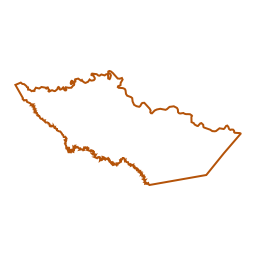 outline of Puerto Guzmán, Putumayo, Colombia
{"feature_id": "7082276B85477944676343", "entity_name": "Puerto Guzmán", "entity_type": "district", "adm_level": 2, "iso_a3": "COL", "parent_name": "Colombia", "parent_adm1": "Putumayo", "projection": "albers", "projection_center": [-76.142, 0.756], "detail": "fine", "context": "isolated", "style": "outline", "palette": "amber", "viewbox_px": 256, "rotation_deg": 0, "n_neighbors": 0, "source": "geoboundaries", "source_scale": "gbopen_adm2", "svg_char_len": 5729}
<svg xmlns="http://www.w3.org/2000/svg" viewBox="0 0 256 256"><path d="M20.8,82.6L15.4,84.9L22.9,98.1L22.6,98.9L23.7,100.1L24.4,100.1L24.4,100.4L26.5,100.1L27.1,101.9L30.3,103.3L31.1,104.4L31.6,104.4L31.5,104.7L32.2,104.6L31.5,105.2L32.4,105.2L32.5,106.0L33.1,105.8L32.9,106.4L33.5,106.3L33.6,107.4L34.0,107.1L33.9,107.5L34.4,107.5L34.5,108.7L35.2,109.0L34.5,109.5L34.9,109.6L34.6,109.9L34.7,111.0L35.4,111.1L35.0,111.5L35.6,111.5L35.4,112.0L35.9,111.8L36.3,113.3L36.9,113.2L36.9,113.7L37.9,114.8L37.5,115.4L38.8,115.8L38.6,116.1L39.6,116.7L40.3,118.3L41.3,118.9L42.4,118.7L42.7,119.7L43.7,120.5L44.8,120.4L44.5,121.2L45.7,122.5L47.1,122.4L48.3,122.9L48.5,123.6L48.9,123.5L49.7,124.4L49.9,125.1L49.6,125.7L50.1,126.3L51.4,126.4L51.6,126.0L52.0,126.3L52.4,126.0L53.6,126.5L53.6,126.1L54.5,127.7L54.8,127.5L54.7,128.0L56.0,128.4L56.4,129.2L57.0,129.1L57.0,130.3L59.2,131.4L60.3,131.5L62.0,133.7L62.3,134.6L63.2,135.1L63.7,137.0L65.6,137.2L66.6,138.6L66.3,139.4L66.0,138.7L65.9,139.4L65.4,139.7L66.2,140.6L66.0,141.1L65.2,140.9L65.8,141.9L65.0,143.2L65.6,143.7L65.3,144.4L66.1,145.6L66.3,148.5L67.4,149.0L67.6,149.4L67.1,149.3L67.5,149.6L67.9,148.9L67.3,147.6L67.9,147.6L68.2,148.7L69.1,148.2L69.2,149.6L69.8,150.3L68.1,151.0L68.5,152.2L69.5,152.2L69.9,151.3L71.0,152.3L71.5,151.7L70.3,150.9L70.5,150.7L73.3,151.8L73.3,151.2L71.2,149.8L71.7,149.7L73.5,150.6L74.0,150.3L74.1,149.5L73.0,149.4L73.5,148.5L73.4,146.8L73.9,147.2L74.3,146.7L74.4,147.2L75.1,146.5L75.0,147.6L75.6,147.8L76.3,146.9L77.0,147.4L77.7,147.0L78.7,148.3L80.2,148.3L80.4,149.3L80.1,149.6L81.6,149.3L83.3,150.2L83.6,150.1L83.2,149.7L84.2,147.4L84.8,147.8L84.6,148.5L85.8,147.3L86.7,147.7L86.0,147.9L86.1,148.2L87.1,148.3L87.7,148.0L87.3,147.8L87.5,147.5L88.3,148.1L88.6,147.5L88.2,149.2L87.6,148.7L87.3,149.5L87.6,149.8L87.3,150.0L90.0,150.9L90.7,150.6L91.1,151.0L90.4,151.1L90.6,151.3L91.8,150.9L91.7,150.4L93.1,150.9L93.1,151.5L93.9,151.8L93.9,152.3L93.4,152.6L93.0,152.4L93.5,152.9L93.1,153.4L91.9,153.5L92.9,154.5L93.5,154.4L94.1,154.8L94.3,154.5L93.8,154.1L94.7,154.2L94.7,155.4L95.7,155.0L94.9,156.5L95.4,157.1L94.8,157.2L97.1,158.2L97.8,157.3L98.5,157.1L99.0,157.6L99.4,157.1L99.9,157.3L100.1,158.4L101.1,158.8L100.2,159.3L100.0,160.4L100.6,159.9L101.2,160.2L102.2,159.8L102.6,158.6L102.5,156.9L103.8,157.3L104.1,158.7L104.6,158.5L104.7,159.2L105.2,159.7L105.5,159.3L105.0,158.9L105.1,158.2L106.6,158.9L107.4,158.5L107.6,159.3L108.0,159.3L108.4,158.3L108.8,158.7L108.2,159.4L109.0,159.8L109.0,160.7L109.4,160.9L109.5,160.2L109.9,160.4L109.6,161.7L110.9,162.7L110.9,162.3L112.0,162.0L112.4,162.6L112.6,163.3L112.1,163.7L112.5,163.9L112.9,163.5L112.9,164.5L112.3,164.5L112.9,165.1L114.3,164.6L113.5,164.2L114.5,163.7L114.7,164.2L115.7,164.3L116.6,165.2L116.9,164.3L117.6,164.5L117.8,163.8L117.4,163.3L118.6,163.3L120.0,162.3L120.4,161.8L120.2,160.8L121.0,161.2L121.0,160.5L120.5,160.3L121.0,159.2L122.0,159.4L122.7,158.0L123.5,158.0L124.1,158.6L124.2,157.9L124.9,160.9L125.4,160.4L125.3,161.2L126.0,161.2L126.5,162.1L128.0,162.2L128.7,164.5L130.2,165.1L130.3,164.8L129.5,164.5L130.2,164.0L131.5,164.7L131.2,165.6L133.3,164.7L133.2,165.4L133.7,165.9L133.5,166.5L133.9,166.7L133.9,167.1L134.2,167.0L134.5,167.6L134.8,167.1L135.2,168.0L136.0,167.9L137.2,168.8L137.0,169.3L136.5,169.2L137.3,170.0L137.1,170.4L138.1,170.8L138.2,169.6L139.8,171.5L140.3,171.2L140.4,171.9L140.0,172.1L141.0,172.3L140.3,172.9L141.2,173.3L141.1,173.9L141.7,173.8L141.3,174.6L142.0,174.3L142.5,174.9L142.4,175.9L143.1,175.8L142.6,176.5L143.5,176.8L144.2,176.4L144.7,176.9L144.6,177.3L143.8,177.4L144.0,178.8L143.1,179.2L144.5,180.1L145.4,179.9L144.6,181.0L145.1,181.9L144.6,182.2L145.3,182.5L144.8,182.8L145.3,182.7L145.2,183.4L145.6,183.2L145.6,183.7L146.2,183.9L148.1,183.1L148.2,184.2L149.0,184.4L149.4,185.0L206.3,175.0L224.0,153.1L240.6,133.8L240.6,133.5L239.9,133.1L234.9,132.8L234.2,132.3L234.1,130.9L233.2,129.7L231.9,129.5L230.3,129.9L229.0,128.9L228.4,127.0L227.3,125.6L226.2,125.9L224.4,128.5L223.7,129.0L219.5,128.3L216.1,131.0L214.8,131.3L212.3,131.1L210.2,129.7L204.0,127.5L203.4,126.9L203.2,124.8L201.4,123.1L200.3,123.4L197.9,126.0L196.9,125.8L194.6,124.5L193.8,123.2L191.5,122.1L191.4,116.9L192.0,115.9L191.6,115.3L189.9,114.2L185.9,114.1L184.4,113.7L183.4,113.0L180.2,113.5L179.0,113.2L178.1,112.3L177.8,109.4L176.9,107.9L173.8,106.3L169.5,106.9L166.9,109.2L165.6,109.8L160.2,108.8L156.8,109.5L154.7,110.5L152.0,113.3L151.0,113.2L150.3,112.2L150.6,110.4L149.6,108.6L144.3,102.8L142.7,102.9L141.8,103.3L140.2,106.1L139.2,106.8L136.5,106.2L134.1,104.8L132.6,101.5L132.2,98.1L131.0,97.1L127.2,95.7L126.0,93.9L125.5,90.2L124.7,88.9L122.8,88.1L118.7,87.8L117.8,87.1L118.0,86.3L120.5,85.2L120.7,82.8L122.6,79.6L121.9,78.0L119.8,78.7L117.7,78.5L112.8,73.0L110.8,71.4L109.3,71.0L108.3,71.5L108.2,72.3L108.9,73.3L110.3,74.0L110.9,75.4L110.2,78.1L109.6,79.1L108.2,78.5L108.1,75.2L107.2,74.1L106.0,74.4L104.7,75.4L101.3,74.5L99.6,75.7L98.3,75.5L96.7,74.2L92.1,73.6L91.5,74.2L91.5,75.1L93.5,75.7L94.8,78.1L94.7,79.2L93.8,80.2L91.7,80.6L90.7,80.4L89.6,79.5L88.1,81.7L85.6,82.9L84.5,82.6L82.6,81.2L81.9,80.0L81.1,80.7L78.2,78.6L75.2,79.3L74.9,80.1L75.5,81.0L75.3,81.7L73.6,82.3L72.4,81.0L71.7,80.8L71.1,81.4L70.7,83.1L70.9,83.9L71.5,84.0L72.7,82.9L73.6,82.9L74.3,83.9L73.9,85.2L72.9,85.8L71.4,87.7L68.7,87.8L65.7,87.3L65.4,88.2L66.3,89.8L65.8,90.4L65.0,90.4L64.2,89.7L63.3,87.4L62.8,87.6L62.0,88.9L60.2,89.6L59.6,89.2L59.4,87.7L58.6,87.0L57.9,87.4L57.3,89.2L55.2,91.0L54.3,91.1L52.0,90.2L49.1,91.6L48.5,91.1L49.2,89.8L48.3,89.0L47.9,87.5L47.2,87.4L46.2,88.5L45.2,87.6L41.5,87.0L39.2,88.5L35.9,87.7L34.5,89.8L34.5,90.9L33.9,91.1L33.0,90.7L31.7,91.2L29.7,89.7L28.1,89.6L28.0,87.4L27.0,87.2L26.4,86.1L24.2,84.2L22.3,83.9L20.8,82.6Z" fill="none" stroke="#b45309" stroke-width="2"/></svg>